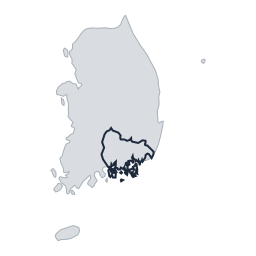 South Gyeongsang on a map of South Korea (Equal Earth projection)
{"feature_id": "KOR-2505", "entity_name": "South Gyeongsang", "entity_type": "Province", "adm_level": 1, "iso_a3": "KOR", "parent_name": "South Korea", "parent_adm1": "", "projection": "equal_earth", "projection_center": [128.367, 35.249], "detail": "medium", "context": "in_parent", "style": "outline", "palette": "slate", "viewbox_px": 256, "rotation_deg": 0, "n_neighbors": 0, "source": "natural_earth", "source_scale": "10m", "svg_char_len": 4873}
<svg xmlns="http://www.w3.org/2000/svg" viewBox="0 0 256 256"><path d="M71.5,49.7L72.4,49.0L72.5,47.9L72.5,44.2L75.3,41.7L79.2,36.5L81.1,33.6L83.3,31.0L85.8,29.2L88.2,28.4L92.1,28.0L99.5,28.3L100.9,28.0L106.1,27.8L107.3,28.2L111.0,28.5L115.2,28.2L117.2,27.4L119.2,26.1L120.9,23.8L122.6,19.4L124.5,16.0L125.6,15.4L133.1,33.6L140.4,45.4L146.6,54.0L155.5,70.6L158.1,79.5L158.4,85.0L159.9,92.5L158.7,96.9L159.1,103.8L158.5,107.3L157.4,109.9L157.4,114.9L157.8,117.6L157.8,121.1L158.5,122.5L159.6,123.0L161.2,121.7L163.2,121.2L162.8,125.5L160.5,136.3L158.4,144.2L155.6,151.1L152.0,157.4L147.7,159.8L144.7,160.7L138.8,161.0L134.0,160.0L129.9,160.7L128.2,162.1L127.0,164.3L127.9,167.8L127.7,170.4L126.0,170.2L122.4,168.7L118.5,168.5L116.7,167.7L114.9,164.0L113.0,164.2L109.7,166.4L104.7,166.9L103.0,168.0L102.3,169.6L103.1,171.5L105.6,174.1L104.7,176.6L102.1,177.9L100.0,174.8L98.7,171.7L97.2,171.5L94.9,172.4L94.4,175.7L95.5,178.0L97.2,180.7L94.8,183.7L94.1,185.9L92.3,187.5L87.6,184.0L88.3,181.5L90.3,179.1L90.6,176.7L89.9,175.2L83.1,181.4L78.8,188.5L76.6,188.0L75.6,186.1L74.3,185.4L69.7,190.0L68.9,193.6L67.2,193.7L66.5,192.2L66.4,188.9L65.7,186.2L61.0,182.1L58.9,178.6L60.0,176.7L64.0,177.7L67.1,177.6L66.5,175.9L65.5,175.2L67.6,174.2L69.3,172.3L67.9,171.8L65.7,172.9L63.8,172.4L63.2,167.8L61.0,163.1L59.9,158.5L62.1,155.9L63.2,151.8L65.3,145.9L66.3,144.0L69.2,142.6L70.2,141.1L68.6,140.3L66.2,139.7L66.2,138.0L67.9,137.0L69.8,135.2L73.5,132.9L74.6,128.6L73.6,127.5L71.3,126.5L71.9,124.3L72.8,122.7L72.5,121.7L69.8,118.9L68.0,116.4L68.6,113.5L68.2,109.1L68.5,105.5L68.4,103.5L67.1,99.0L66.6,94.5L64.9,95.2L63.5,96.3L58.5,94.7L57.0,94.6L56.4,91.3L58.2,87.2L62.4,83.6L64.8,83.2L66.7,81.6L69.5,81.1L72.9,83.5L75.9,84.0L77.6,88.2L78.6,89.1L78.8,87.6L81.3,85.8L81.9,84.4L81.4,83.6L78.6,82.9L76.1,77.7L75.7,75.4L74.8,73.9L76.2,69.7L73.3,65.0L71.9,63.5L72.1,59.2L70.6,56.5L69.8,55.0L69.3,52.4L69.7,51.3L71.1,50.8L71.5,49.7ZM60.3,239.7L58.9,240.6L57.6,240.1L57.2,239.6L55.6,237.2L55.2,236.0L56.3,233.6L60.8,229.7L72.2,225.9L74.2,225.8L78.7,227.4L79.6,230.4L78.8,233.0L77.8,234.7L72.5,237.7L68.5,239.1L60.3,239.7ZM137.1,173.4L134.2,176.0L130.1,172.5L129.2,170.6L132.2,167.8L134.8,164.6L136.5,164.4L137.1,173.4ZM115.8,173.1L115.4,177.2L113.2,177.4L111.9,174.7L110.5,176.0L109.7,176.1L108.6,172.8L108.4,170.2L111.1,168.3L112.6,169.4L114.9,170.0L115.8,173.1ZM57.8,191.3L55.7,192.0L54.6,190.5L53.8,190.2L54.3,188.3L57.6,184.5L58.3,183.3L61.3,184.0L62.4,186.0L61.0,189.0L57.8,191.3ZM67.9,51.6L67.8,57.0L66.0,56.8L64.9,56.2L64.4,55.2L63.3,50.1L64.6,48.1L67.1,49.7L67.9,51.6ZM56.0,176.2L55.5,177.2L54.2,176.9L52.8,174.0L52.2,171.8L50.8,170.5L53.1,168.5L55.9,172.1L56.0,176.2ZM64.3,102.9L63.9,105.5L61.8,103.8L61.3,97.9L63.4,99.6L64.3,102.9ZM204.6,62.2L203.2,63.4L201.6,62.2L201.3,60.9L202.2,59.8L204.2,59.1L205.2,60.1L204.6,62.2ZM74.2,192.5L74.7,194.5L72.2,194.1L70.8,192.2L71.0,190.5L72.5,190.3L74.2,192.5ZM107.4,181.1L107.0,182.4L105.4,180.4L107.0,178.3L107.4,181.1Z" fill="#d9dde1" stroke="#a8b0b8" stroke-width="1"/><path d="M145.3,157.5L142.7,161.5L142.1,159.9L141.6,161.6L138.7,161.5L138.4,160.3L137.8,161.6L136.7,160.6L135.8,160.9L135.7,159.0L135.2,160.1L133.9,158.7L133.2,159.0L132.7,156.0L132.0,157.5L133.4,162.1L134.3,162.4L132.8,162.6L132.0,161.3L129.9,160.6L128.5,161.0L128.9,161.8L126.0,162.9L125.5,164.7L129.1,162.8L129.5,164.6L127.0,165.7L127.7,166.6L127.4,169.5L128.7,169.5L126.8,171.8L125.8,171.0L126.9,170.7L124.0,169.6L125.0,168.7L124.3,167.2L123.3,168.8L120.8,167.6L120.3,169.5L118.1,169.5L117.4,168.1L115.5,167.8L115.9,161.5L113.8,163.5L114.3,165.0L112.3,165.8L111.4,164.1L111.0,166.5L108.4,167.3L103.0,159.3L101.5,154.3L104.1,147.7L102.1,142.1L104.6,134.3L106.6,131.5L109.6,130.2L111.1,128.0L112.7,130.5L118.3,132.6L120.6,135.5L120.2,137.5L120.7,139.4L124.5,139.5L127.0,140.8L129.6,140.0L131.1,138.2L131.3,140.5L132.1,141.6L137.4,142.8L138.6,142.8L142.5,140.3L145.5,140.8L145.6,142.4L144.9,144.1L145.3,145.2L147.3,145.5L153.7,151.8L153.3,154.6L151.6,158.1L148.8,154.1L147.4,153.6L145.6,155.0L145.3,157.5ZM137.2,169.7L137.2,171.5L136.5,171.6L137.2,173.7L135.4,173.0L134.5,175.1L135.6,176.0L132.2,177.3L133.3,176.5L132.6,175.8L132.8,174.7L131.8,175.3L131.4,174.1L132.4,173.7L132.8,171.8L130.4,173.0L129.2,170.4L131.8,168.7L134.1,169.5L133.0,166.8L135.6,165.5L135.3,164.8L135.9,163.6L136.6,164.2L136.9,167.7L136.3,170.1L137.2,169.7ZM115.9,172.7L115.5,177.6L112.9,177.5L111.8,174.7L110.3,177.0L109.4,176.2L108.3,170.4L110.6,167.5L111.8,168.6L110.7,170.4L111.2,171.8L112.5,173.0L115.9,172.7ZM115.2,169.4L116.3,171.8L113.3,171.7L112.6,170.8L114.3,168.5L114.2,170.4L115.2,169.4ZM124.2,172.3L127.6,172.5L127.1,174.9L125.4,173.5L125.7,172.9L124.2,172.3ZM140.1,162.5L139.8,165.3L139.1,162.6L140.1,162.5ZM123.0,180.1L121.2,181.3L120.8,180.3L121.3,179.5L123.0,180.1ZM121.3,171.8L122.0,172.7L121.3,173.5L120.2,172.7L121.3,171.8Z" fill="none" stroke="#1e293b" stroke-width="2"/></svg>